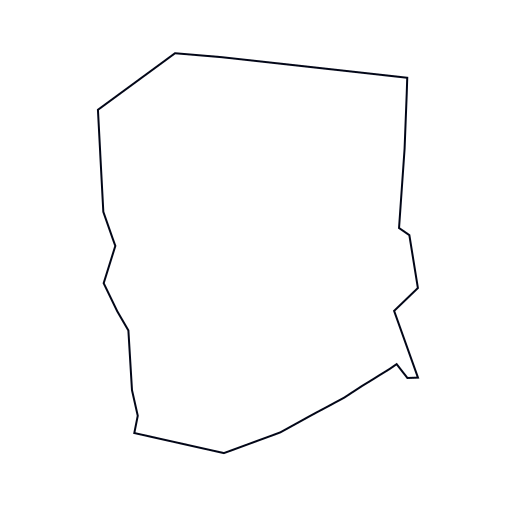 outline of Magdalena Zahuatlán, Oaxaca, Mexico, rotated 189°
{"feature_id": "50627088B33073953596655", "entity_name": "Magdalena Zahuatlán", "entity_type": "district", "adm_level": 2, "iso_a3": "MEX", "parent_name": "Mexico", "parent_adm1": "Oaxaca", "projection": "albers", "projection_center": [-97.231, 17.392], "detail": "fine", "context": "isolated", "style": "outline", "palette": "ink", "viewbox_px": 512, "rotation_deg": 189, "n_neighbors": 0, "source": "geoboundaries", "source_scale": "gbopen_adm2", "svg_char_len": 741}
<svg xmlns="http://www.w3.org/2000/svg" viewBox="0 0 512 512"><g transform="rotate(189 256 256)"><path d="M134.5,455.7L321.1,447.0L367.7,443.6L435.0,375.7L426.2,334.4L425.9,332.9L413.7,275.7L400.6,251.4L397.7,246.1L396.5,244.0L402.2,205.3L384.4,179.7L370.4,162.5L357.5,104.1L347.8,79.7L348.5,62.1L256.9,56.3L244.8,63.0L236.6,67.6L225.7,73.7L220.1,76.8L204.4,85.6L178.7,105.6L171.4,111.2L165.8,115.4L156.3,122.6L155.7,123.1L151.3,126.4L146.6,130.0L139.5,136.5L139.1,136.8L131.2,144.0L128.5,146.3L120.5,153.1L114.7,158.2L114.3,158.5L106.5,165.2L100.2,171.2L92.1,163.6L89.8,161.5L87.4,159.2L77.0,161.2L111.0,223.4L91.1,249.7L107.8,300.6L119.1,306.0L126.0,385.0L132.5,439.7L134.5,455.7Z" fill="none" stroke="#020617" stroke-width="2"/></g></svg>